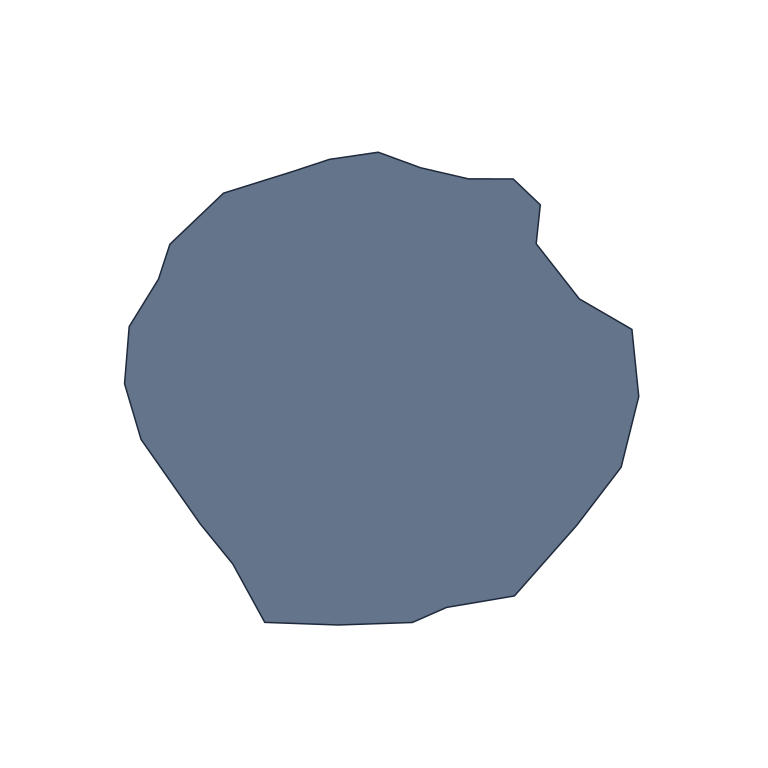 Trimithi, Cyprus, rotated 325°
{"feature_id": "46923920B99382767312259", "entity_name": "Trimithi", "entity_type": "district", "adm_level": 2, "iso_a3": "CYP", "parent_name": "Cyprus", "parent_adm1": "", "projection": "orthographic", "projection_center": [33.257, 35.336], "detail": "fine", "context": "isolated", "style": "filled", "palette": "slate", "viewbox_px": 768, "rotation_deg": 325, "n_neighbors": 0, "source": "geoboundaries", "source_scale": "gbopen_adm2", "svg_char_len": 495}
<svg xmlns="http://www.w3.org/2000/svg" viewBox="0 0 768 768"><g transform="rotate(325 384 384)"><path d="M149.6,510.9L208.2,555.1L270.4,595.6L307.1,602.9L369.3,632.4L460.9,610.3L530.5,588.2L585.5,540.4L618.4,481.5L592.8,426.3L589.1,356.4L614.8,326.9L607.4,290.1L570.8,264.4L537.8,227.6L512.2,190.8L468.2,168.7L431.6,157.7L362.0,135.6L288.8,146.7L259.5,168.7L208.2,190.8L171.6,235.0L153.2,290.1L153.2,393.2L156.9,444.7L149.6,510.9Z" fill="#64748b" stroke="#1e293b" stroke-width="1.5"/></g></svg>